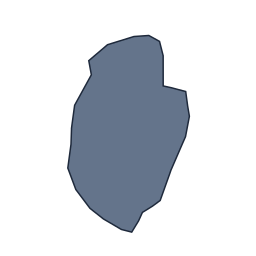 the district of O'lziit, Arhangay, Mongolia, rotated 44°
{"feature_id": "93677404B45514860286608", "entity_name": "O'lziit", "entity_type": "district", "adm_level": 2, "iso_a3": "MNG", "parent_name": "Mongolia", "parent_adm1": "Arhangay", "projection": "albers", "projection_center": [102.546, 48.095], "detail": "fine", "context": "isolated", "style": "filled", "palette": "slate", "viewbox_px": 256, "rotation_deg": 44, "n_neighbors": 0, "source": "geoboundaries", "source_scale": "gbopen_adm2", "svg_char_len": 567}
<svg xmlns="http://www.w3.org/2000/svg" viewBox="0 0 256 256"><g transform="rotate(44 128 128)"><path d="M112.5,198.6L133.2,208.5L156.5,212.2L173.5,210.5L193.7,205.6L203.0,200.3L200.1,187.4L197.0,178.7L199.9,167.2L201.0,160.7L201.5,157.8L189.9,132.2L188.1,128.3L187.4,126.4L178.5,102.7L175.4,94.3L164.0,76.9L155.3,70.5L154.7,70.0L144.2,61.7L131.4,68.8L124.1,73.3L103.1,51.6L90.5,43.8L78.7,47.0L68.7,58.1L55.4,82.3L53.0,106.8L64.7,115.2L73.8,148.7L81.2,158.8L87.6,167.5L88.1,168.0L98.3,179.3L112.5,198.6Z" fill="#64748b" stroke="#1e293b" stroke-width="1.5"/></g></svg>